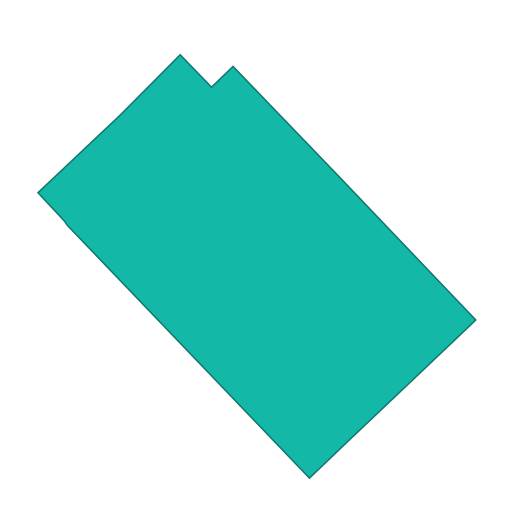 Wabash, Indiana, United States of America, rotated 317°
{"feature_id": "52423323B5962207339550", "entity_name": "Wabash", "entity_type": "district", "adm_level": 2, "iso_a3": "USA", "parent_name": "United States of America", "parent_adm1": "Indiana", "projection": "orthographic", "projection_center": [-85.796, 40.849], "detail": "fine", "context": "isolated", "style": "filled", "palette": "teal", "viewbox_px": 512, "rotation_deg": 317, "n_neighbors": 0, "source": "geoboundaries", "source_scale": "gbopen_adm2", "svg_char_len": 323}
<svg xmlns="http://www.w3.org/2000/svg" viewBox="0 0 512 512"><g transform="rotate(317 256 256)"><path d="M139.7,61.0L139.7,100.0L138.9,104.9L143.6,454.9L200.6,454.2L344.9,453.0L373.1,452.7L370.9,256.2L368.5,101.7L338.6,102.2L337.8,57.1L253.2,60.3L139.7,61.0Z" fill="#14b8a6" stroke="#0f766e" stroke-width="1.5"/></g></svg>